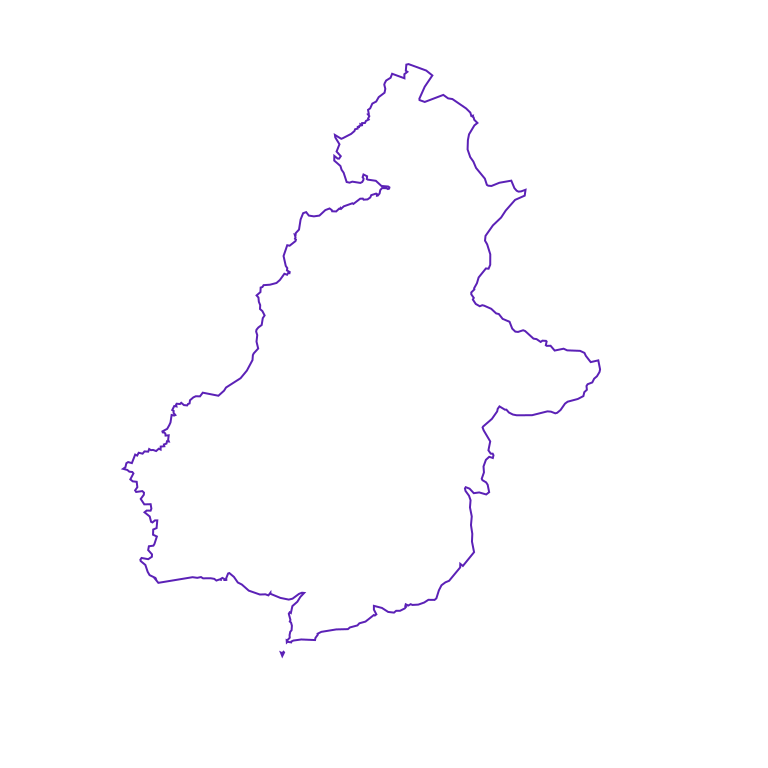 outline of Moyamba, Southern, Sierra Leone, rotated 302°
{"feature_id": "65957751B35726846399821", "entity_name": "Moyamba", "entity_type": "district", "adm_level": 2, "iso_a3": "SLE", "parent_name": "Sierra Leone", "parent_adm1": "Southern", "projection": "orthographic", "projection_center": [-12.482, 8.03], "detail": "fine", "context": "isolated", "style": "outline", "palette": "violet", "viewbox_px": 768, "rotation_deg": 302, "n_neighbors": 0, "source": "geoboundaries", "source_scale": "gbopen_adm2", "svg_char_len": 6136}
<svg xmlns="http://www.w3.org/2000/svg" viewBox="0 0 768 768"><g transform="rotate(302 384 384)"><path d="M124.7,274.1L121.8,270.6L118.2,272.0L116.6,277.5L114.5,278.7L110.5,276.9L108.0,270.6L105.9,270.5L104.9,271.5L104.1,277.5L99.5,283.1L97.7,286.5L98.4,292.9L98.0,293.6L97.5,293.0L95.8,298.0L118.7,324.0L120.7,328.4L123.3,331.1L123.3,333.5L127.4,339.9L128.8,343.3L128.5,346.0L131.1,348.1L131.5,349.4L132.3,348.9L133.9,349.7L134.0,352.0L133.2,352.5L133.8,353.5L134.3,354.1L135.7,353.1L140.7,352.2L141.7,353.0L140.9,358.9L138.2,365.2L138.6,369.7L137.1,378.8L139.7,390.3L142.8,394.9L143.5,398.0L146.8,398.3L145.9,398.9L147.7,409.5L150.7,417.5L153.5,420.2L160.9,423.1L163.5,425.0L164.5,427.0L159.2,425.9L153.4,425.9L147.1,424.0L140.4,426.4L140.4,425.0L138.7,425.0L134.3,429.7L132.6,430.0L132.5,431.5L130.2,434.0L126.2,436.1L124.2,435.8L121.0,437.0L118.9,438.5L115.3,437.8L115.2,437.2L113.4,438.5L114.2,438.7L115.7,442.2L116.6,441.9L118.4,443.1L123.5,449.2L130.3,461.2L132.4,460.4L136.3,460.7L137.0,460.0L140.6,462.2L150.6,473.6L157.0,483.3L159.5,484.1L165.2,489.4L168.0,489.9L172.7,494.2L182.7,497.8L182.8,498.9L184.6,499.6L187.3,495.0L190.5,493.0L193.0,500.9L192.9,508.3L195.4,513.6L198.1,514.5L200.2,517.8L204.6,520.5L206.7,520.8L206.8,519.8L208.7,519.2L209.0,522.0L211.4,523.3L211.7,525.2L215.1,530.0L220.0,533.9L224.5,536.0L227.7,541.3L230.0,542.0L238.1,539.9L243.8,539.4L248.4,541.2L251.6,543.5L268.8,545.8L271.9,544.0L271.5,547.3L289.1,549.5L297.0,542.1L303.7,538.3L310.5,532.5L318.2,528.6L324.9,522.3L331.3,519.0L334.3,515.3L336.5,509.8L338.3,508.0L339.8,508.0L340.6,512.0L339.0,518.0L342.5,522.2L344.5,529.2L348.0,530.5L353.5,525.3L354.7,522.7L354.6,518.5L355.4,517.1L362.0,515.6L366.8,512.1L373.7,510.6L378.0,511.8L378.9,515.5L381.6,514.6L382.5,513.1L381.5,511.4L383.1,507.7L391.6,504.5L397.5,493.1L399.4,490.6L400.5,490.6L411.6,494.0L420.7,494.5L423.2,493.6L426.2,493.8L426.3,500.2L427.1,501.4L426.0,505.0L426.4,509.5L427.8,513.1L436.0,526.1L447.4,537.1L449.0,540.2L449.9,544.8L451.3,546.1L455.5,547.5L463.3,547.9L466.3,549.1L474.0,556.3L479.4,559.5L483.2,558.2L486.6,559.1L489.6,556.8L491.7,556.8L495.7,559.8L499.9,559.4L503.4,560.5L508.4,560.4L510.9,559.5L517.6,553.2L512.1,547.7L514.8,540.3L516.6,537.5L516.0,532.7L509.6,521.5L509.1,517.6L502.8,511.0L504.7,505.0L502.6,501.8L502.6,500.7L506.2,499.4L506.4,498.5L504.7,495.4L502.7,494.6L502.9,489.6L501.7,486.7L503.7,475.6L503.3,473.5L499.2,470.1L498.0,467.6L498.9,463.4L503.3,457.5L502.1,450.1L504.2,444.3L503.3,441.7L504.6,435.1L503.5,427.4L502.9,425.6L500.7,424.0L500.5,419.4L502.7,414.6L504.6,414.5L506.3,410.5L507.9,409.5L512.1,410.5L512.9,409.7L518.7,409.4L524.5,407.8L536.0,409.2L537.2,411.6L541.4,410.9L550.3,405.4L557.1,397.5L559.1,393.7L563.4,391.6L576.2,392.3L587.2,395.1L595.6,395.3L609.6,397.6L618.3,403.5L623.7,401.1L620.0,398.2L618.4,396.1L618.2,394.1L619.2,390.8L623.9,384.2L615.8,375.2L608.9,370.2L607.4,367.3L607.4,365.7L611.6,360.7L616.0,347.6L620.0,341.9L622.1,336.9L627.2,330.6L635.3,325.9L640.8,323.8L651.2,323.6L654.9,324.9L655.9,320.5L657.6,318.7L657.6,317.6L658.7,317.2L657.6,316.0L659.9,313.4L661.2,307.6L661.9,291.0L660.2,287.0L660.6,281.1L644.8,269.1L643.6,263.7L644.7,262.8L657.7,261.0L671.3,261.5L672.2,253.7L668.3,235.3L666.7,233.7L661.2,236.5L661.1,238.4L657.5,237.1L654.1,239.3L651.4,226.5L647.2,227.3L642.5,225.0L639.5,225.2L638.0,225.6L635.0,228.7L631.3,230.1L624.5,227.5L619.4,227.7L615.6,225.5L610.4,226.2L608.0,225.2L605.0,228.0L604.2,227.4L603.4,229.6L600.7,229.8L600.2,230.9L597.6,229.3L595.2,229.5L593.7,227.2L592.1,228.1L591.8,226.4L590.8,227.3L589.8,226.3L588.7,226.7L588.1,225.5L586.6,226.3L584.7,224.5L582.9,224.9L578.7,223.6L570.6,218.8L569.3,217.8L569.2,210.4L567.3,212.0L563.7,219.2L556.0,220.6L554.3,226.6L551.3,226.5L550.6,225.2L551.1,221.0L547.1,223.4L545.8,231.5L543.2,234.5L541.8,237.8L535.5,245.3L536.5,248.1L538.8,249.9L542.0,257.4L543.8,258.5L546.1,258.4L547.4,257.8L548.0,256.3L550.8,255.6L551.2,259.6L548.7,260.8L548.7,261.9L552.0,269.4L550.6,276.9L553.7,282.9L553.6,284.4L552.4,284.8L551.4,284.0L551.3,282.3L549.1,278.5L546.4,278.1L543.2,279.3L540.5,278.9L539.9,278.2L541.4,277.2L541.3,276.4L537.4,273.1L534.9,273.5L531.8,272.2L529.5,269.0L530.0,267.8L528.5,265.6L520.5,262.6L520.5,261.4L513.3,255.7L509.9,254.8L510.3,253.8L509.0,253.7L508.8,253.0L505.0,252.0L503.0,248.5L503.8,247.6L504.0,244.8L500.4,242.1L492.6,240.0L489.0,235.7L487.0,231.0L488.5,226.9L486.0,224.9L479.3,226.1L469.9,230.1L465.2,229.2L463.6,230.0L463.4,229.1L461.4,231.3L460.0,231.5L459.8,232.8L458.3,233.2L451.3,230.7L450.4,228.4L439.3,231.0L432.1,238.1L431.0,240.6L428.9,241.5L429.0,244.7L427.9,245.1L427.4,243.9L425.3,243.9L424.7,241.1L417.1,240.6L412.7,239.3L407.8,234.7L404.0,229.5L401.8,229.5L400.4,228.3L396.5,230.5L391.6,229.0L390.8,231.7L387.4,234.3L385.3,237.2L381.9,239.1L381.4,242.2L378.9,246.4L375.6,246.3L369.2,249.0L365.4,247.5L362.5,247.1L360.7,247.8L358.3,250.6L352.4,253.4L347.4,258.5L340.9,257.3L339.0,257.5L334.6,259.8L322.7,260.6L312.9,259.3L297.3,251.9L293.6,251.9L286.3,249.8L280.6,234.9L276.0,234.5L273.9,230.9L271.6,229.4L267.4,228.1L264.5,229.4L263.2,228.4L261.5,228.4L260.1,225.5L260.6,222.0L258.9,221.6L257.4,218.6L256.3,218.6L255.0,219.9L254.2,217.8L249.7,218.2L249.7,219.9L248.0,220.8L247.1,223.5L246.0,222.7L245.2,220.3L238.3,223.3L235.4,223.7L231.1,223.9L226.4,221.2L225.7,222.0L226.4,223.5L226.1,224.8L224.5,226.1L226.4,228.6L222.3,230.5L221.2,232.0L220.4,230.3L218.2,231.1L216.1,229.4L214.8,230.7L212.6,227.8L210.0,229.3L209.8,227.3L206.4,226.3L205.7,223.1L204.4,221.4L204.4,219.3L201.7,219.9L199.9,216.6L197.0,216.2L195.7,212.4L192.5,212.6L192.3,210.4L183.3,212.1L182.2,208.4L180.3,207.5L176.4,208.8L173.8,207.7L175.1,211.9L174.7,214.5L176.0,217.2L175.4,218.9L168.7,219.4L168.3,222.5L170.0,226.1L165.8,229.5L161.9,229.3L161.1,231.0L165.1,235.8L164.7,238.0L162.8,239.0L157.6,238.6L154.9,244.5L158.4,249.8L155.0,252.8L152.9,253.2L150.9,249.8L148.3,248.9L147.5,255.5L143.7,259.5L143.9,261.0L146.9,262.0L148.2,264.0L141.3,267.5L138.3,265.4L133.8,268.0L134.3,272.2L126.6,274.1L124.7,274.1ZM101.8,440.4L101.6,438.9L99.4,441.9L103.4,441.5L103.6,440.7L101.8,440.4Z" fill="none" stroke="#5b21b6" stroke-width="2"/></g></svg>